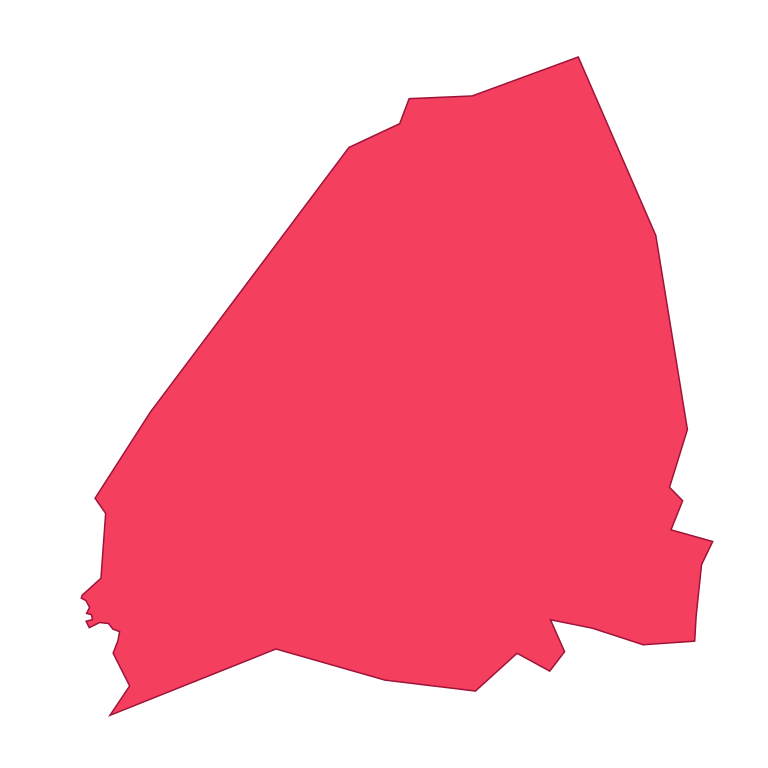 outline of Van Buren, Tennessee, United States of America, rotated 176°
{"feature_id": "52423323B15759213794066", "entity_name": "Van Buren", "entity_type": "district", "adm_level": 2, "iso_a3": "USA", "parent_name": "United States of America", "parent_adm1": "Tennessee", "projection": "albers", "projection_center": [-85.405, 35.678], "detail": "fine", "context": "isolated", "style": "filled", "palette": "rose", "viewbox_px": 768, "rotation_deg": 176, "n_neighbors": 0, "source": "geoboundaries", "source_scale": "gbopen_adm2", "svg_char_len": 701}
<svg xmlns="http://www.w3.org/2000/svg" viewBox="0 0 768 768"><g transform="rotate(176 384 384)"><path d="M402.4,622.5L619.0,372.3L680.2,290.2L670.7,274.3L679.9,210.0L699.9,194.3L700.9,191.5L696.3,188.6L693.3,181.6L696.7,175.9L691.9,174.3L691.3,169.3L697.7,168.1L695.0,161.5L684.3,165.9L675.4,164.2L671.6,158.4L665.0,155.4L667.3,146.6L673.0,134.4L658.8,100.5L680.5,72.6L510.3,127.2L403.6,88.5L314.2,71.3L270.1,106.1L238.7,86.0L222.5,104.4L234.4,137.2L193.3,125.9L143.7,105.8L92.0,105.8L88.8,130.7L79.8,181.7L67.1,203.9L107.9,218.5L94.2,246.7L106.4,261.0L84.5,317.4L102.5,513.2L167.4,696.7L276.0,665.2L339.0,666.9L350.2,642.6L402.4,622.5Z" fill="#f43f5e" stroke="#9f1239" stroke-width="1.5"/></g></svg>